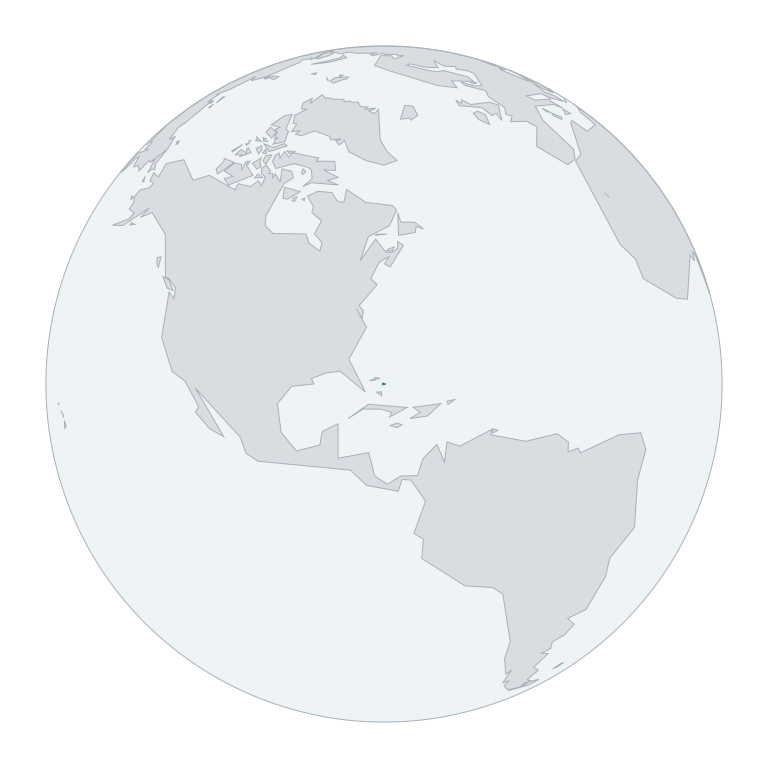 globe centered on North Eleuthera, rotated 339°
{"feature_id": "BHS-5027", "entity_name": "North Eleuthera", "entity_type": "District", "adm_level": 1, "iso_a3": "BHS", "parent_name": "The Bahamas", "parent_adm1": "", "projection": "orthographic", "projection_center": [-76.584, 25.425], "detail": "fine", "context": "on_globe", "style": "filled", "palette": "green", "viewbox_px": 768, "rotation_deg": 339, "n_neighbors": 0, "source": "natural_earth", "source_scale": "10m", "svg_char_len": 9787}
<svg xmlns="http://www.w3.org/2000/svg" viewBox="0 0 768 768"><g transform="rotate(339 384 384)"><circle cx="384" cy="384" r="338" fill="#eef3f6" stroke="#a8b0b8"/><path d="M374.7,483.3L366.7,479.7L358.8,489.2L331.5,472.5L321.8,452.4L238.8,411.0L230.4,399.3L230.8,382.3L206.4,320.1L215.5,375.9L205.3,363.4L197.9,342.6L203.0,339.0L199.2,309.8L190.7,296.5L193.1,260.8L216.3,221.1L218.5,229.1L223.8,219.5L221.4,209.4L218.5,205.2L233.5,166.0L229.0,140.9L216.5,141.1L227.9,135.5L196.9,142.5L187.4,138.5L204.9,138.4L212.0,135.0L208.9,129.4L215.4,124.9L217.7,119.9L225.8,115.4L235.4,116.7L240.8,114.1L238.3,110.4L244.8,104.3L247.7,110.0L259.4,100.2L277.6,102.9L278.7,125.5L295.6,126.5L314.6,149.4L319.6,144.7L329.9,151.8L339.6,149.3L340.4,155.2L347.4,148.3L344.9,143.5L347.1,139.1L352.5,137.5L354.5,144.4L352.0,146.2L355.4,147.4L354.1,151.7L357.8,148.7L359.5,157.9L365.9,146.7L374.1,152.3L373.0,159.1L362.5,161.0L334.1,184.6L329.8,193.7L334.3,203.7L364.9,216.0L364.5,225.7L371.7,236.9L376.8,229.8L372.9,218.8L384.1,209.4L378.1,198.0L381.8,192.9L379.8,181.1L391.5,180.5L403.9,186.6L406.1,196.7L411.6,200.1L418.8,189.0L431.8,207.7L455.9,220.5L458.0,226.2L445.6,238.3L422.2,240.8L406.1,260.3L428.1,245.7L433.0,261.7L438.7,263.9L445.1,262.4L447.8,255.8L451.9,261.4L431.7,276.9L427.6,272.1L434.1,266.9L423.1,268.6L409.5,280.9L413.1,288.9L388.8,301.8L391.1,308.1L387.0,314.9L385.1,303.8L388.1,324.6L360.1,348.2L363.8,385.0L347.7,356.4L334.3,352.9L318.2,352.9L318.5,358.8L296.9,353.1L277.5,364.1L270.6,392.4L278.2,415.1L302.2,418.0L309.3,406.2L326.9,404.6L314.5,436.8L345.2,442.6L342.3,466.5L351.3,478.9L366.6,475.9L382.5,481.6L393.7,467.6L411.8,459.4L412.4,478.6L422.2,460.6L432.5,469.2L468.3,465.1L465.6,469.8L495.8,488.3L527.8,492.5L535.3,504.4L531.5,513.3L542.4,513.4L542.6,518.7L585.2,515.6L606.2,521.5L605.0,539.1L586.3,564.5L566.6,607.4L532.3,627.6L521.8,643.1L491.9,666.8L471.4,668.7L475.5,676.4L462.6,682.9L448.8,684.9L445.0,690.6L434.6,691.7L440.5,694.5L422.2,702.1L425.5,706.4L411.7,711.3L414.3,713.3L409.6,713.5L404.4,714.5L403.4,715.6L389.9,714.1L387.8,709.0L393.9,705.9L387.8,705.5L400.8,696.6L393.7,698.6L398.1,683.8L409.6,669.6L419.6,622.8L412.8,613.0L387.3,601.5L356.7,560.4L365.2,542.8L358.4,534.3L380.8,508.3L374.7,483.3ZM70.1,311.0L72.5,303.6L72.2,310.0L70.1,311.0ZM73.3,298.0L72.6,300.7L73.0,298.2L73.3,298.0ZM73.2,295.5L73.3,297.3L72.8,295.9L73.2,295.5ZM72.6,293.0L73.0,294.0L72.9,294.2L72.6,293.0ZM362.1,397.3L397.3,414.2L377.5,416.8L381.2,413.5L372.3,406.5L355.7,399.9L338.2,403.4L362.1,397.3ZM72.8,286.9L73.0,285.2L73.6,285.5L72.8,286.9ZM377.5,377.2L371.4,375.8L377.3,375.6L377.5,377.2ZM216.1,204.4L220.7,209.8L220.5,221.0L215.9,216.9L216.1,204.4ZM217.5,184.6L221.4,185.3L215.1,194.5L214.8,191.2L217.5,184.6ZM206.2,142.8L208.6,145.7L204.0,144.6L206.2,142.8ZM216.6,120.1L213.8,120.9L216.1,118.0L216.6,120.1ZM373.6,182.4L376.6,181.8L375.4,184.3L373.6,182.4ZM369.8,178.1L366.2,181.5L363.8,179.9L366.1,177.9L369.8,178.1ZM230.7,108.7L235.3,104.5L232.3,109.0L230.7,108.7ZM374.8,174.4L360.2,176.9L356.2,174.3L361.6,164.6L374.8,174.4ZM239.1,102.1L250.2,92.6L245.0,93.2L266.0,87.1L249.6,96.6L246.7,101.8L244.3,100.2L239.1,102.1ZM341.7,142.8L344.6,147.8L337.1,145.2L341.7,142.8ZM336.3,142.3L310.1,142.5L308.4,134.9L317.5,136.1L311.3,128.1L323.5,124.2L329.6,127.7L328.3,133.2L333.9,127.7L336.3,142.3ZM275.8,85.7L280.0,83.9L277.5,86.1L275.8,85.7ZM347.4,137.2L342.2,137.6L340.4,130.9L350.4,128.9L347.8,131.7L347.4,137.2ZM303.8,128.3L304.2,123.4L314.2,118.7L315.7,116.3L323.6,123.5L303.8,128.3ZM351.0,132.4L355.6,128.2L361.4,130.0L352.3,136.4L351.0,132.4ZM335.8,130.2L335.4,127.1L338.9,128.1L335.8,130.2ZM384.6,135.3L378.4,135.3L377.0,131.7L384.6,135.3ZM356.9,126.5L354.9,125.9L353.6,124.7L357.7,122.5L356.9,126.5ZM330.1,120.0L334.1,119.3L327.3,116.8L334.5,113.7L338.5,119.3L339.8,115.6L342.0,114.7L342.8,120.3L330.1,120.0ZM358.1,116.7L365.7,123.6L377.4,123.9L379.0,127.0L359.9,125.9L358.1,116.7ZM349.0,118.3L355.0,117.9L354.0,121.5L349.3,124.1L349.0,118.3ZM337.9,109.8L325.9,113.0L325.4,111.8L337.9,109.8ZM361.7,116.0L359.8,114.4L362.7,115.6L361.7,116.0ZM345.4,110.7L341.3,111.9L340.8,110.4L345.4,110.7ZM359.5,110.5L361.9,112.6L358.8,114.2L359.5,110.5ZM353.2,110.0L353.7,107.7L356.2,113.5L351.4,110.7L353.2,110.0ZM345.7,109.1L344.1,108.6L347.6,108.8L345.7,109.1ZM370.0,103.6L374.0,110.6L367.0,114.0L364.1,106.6L370.0,103.6ZM412.0,716.9L390.8,714.8L402.9,715.9L412.4,713.8L423.0,715.2L412.0,716.9ZM439.4,710.4L449.7,708.1L451.8,708.4L445.2,710.1L439.4,710.4ZM637.3,160.4L646.8,173.2L638.4,165.3L619.8,142.7L612.1,134.7L637.3,160.4ZM603.3,126.9L602.6,126.9L590.6,117.1L601.3,126.6L603.6,127.9L610.3,134.3L608.6,133.7L604.4,129.9L605.7,132.6L625.2,151.2L629.7,154.5L638.6,169.1L646.9,176.4L652.6,184.4L640.5,175.3L634.8,169.3L619.9,165.9L626.7,173.1L641.2,177.4L640.7,179.4L650.0,190.8L642.5,183.8L624.8,178.8L626.8,194.5L645.1,232.9L643.0,242.7L634.1,245.0L611.7,216.9L618.9,198.6L611.1,189.8L596.2,184.4L599.6,179.8L594.4,175.8L595.8,169.2L584.6,153.2L584.0,146.5L566.8,134.4L564.2,129.8L575.1,138.0L582.4,140.8L579.4,126.6L575.1,122.1L564.2,115.8L564.7,113.3L554.5,109.1L546.5,100.0L547.7,108.0L534.9,102.4L523.1,94.5L519.1,94.4L538.3,107.5L545.7,111.7L551.8,112.7L572.3,127.2L576.1,133.6L555.4,125.1L558.5,133.7L541.1,124.6L500.0,92.5L489.4,83.2L498.8,76.3L508.6,80.3L510.1,84.4L520.5,84.5L514.0,82.5L514.5,81.0L502.3,76.4L502.1,75.1L490.9,73.4L489.2,71.4L496.3,72.5L477.0,65.5L470.0,61.5L465.8,60.7L463.2,60.9L456.1,56.5L453.3,56.1L454.5,57.3L449.7,57.6L438.4,56.8L436.6,55.3L440.4,55.3L445.7,53.9L456.2,55.2L454.3,54.6L444.8,53.2L438.3,54.8L432.0,54.9L433.7,53.4L432.6,53.9L428.9,53.5L423.5,52.0L421.0,53.5L382.8,54.9L368.6,53.2L374.4,51.0L345.8,53.7L332.0,53.6L333.2,54.4L320.3,57.5L324.4,57.5L324.0,58.2L292.6,68.8L283.9,70.9L271.7,78.4L272.3,79.1L278.1,77.8L266.0,87.1L245.0,93.2L244.7,91.1L231.7,97.2L233.0,92.1L228.0,91.5L236.9,83.8L232.2,84.7L227.6,87.2L217.8,91.1L213.6,92.2L215.3,91.2L237.1,80.3L247.7,80.8L245.1,79.1L251.7,76.6L254.4,74.5L252.1,74.2L248.1,75.8L275.1,64.1L275.5,64.0L299.4,56.9L323.7,51.5L348.4,48.0L373.3,46.3L398.2,46.4L423.0,48.3L447.7,52.1L472.0,57.7L495.8,65.1L519.0,74.2L541.5,85.0L563.1,97.4L583.7,111.4L603.3,126.9ZM720.4,416.2L720.8,401.6L720.8,376.8L719.5,371.0L718.1,380.2L715.7,373.5L714.0,377.6L697.7,413.6L687.8,408.7L664.0,378.8L663.4,357.2L654.5,338.3L642.7,244.6L650.1,240.1L652.0,206.7L654.0,205.4L664.4,220.8L674.4,217.8L665.1,201.3L663.5,194.1L662.0,191.8L674.7,211.7L686.1,232.5L695.9,254.0L704.3,276.2L711.0,298.8L716.2,321.9L719.7,345.3L721.6,368.9L721.8,392.6L720.4,416.2ZM658.3,284.6L661.3,290.6L658.3,284.6ZM469.4,464.8L473.7,468.0L468.1,468.7L469.4,464.8ZM374.9,425.0L382.2,425.3L386.2,428.3L380.5,429.4L374.9,425.0ZM436.8,422.7L445.2,423.8L436.5,426.1L436.8,422.7ZM402.8,416.2L430.0,422.7L413.1,429.4L395.9,425.6L407.7,423.4L402.8,416.2ZM374.2,388.9L378.9,390.4L377.5,394.1L374.2,388.9ZM381.8,377.1L380.0,377.5L377.7,374.4L381.8,377.1ZM434.2,260.7L436.0,259.7L442.6,259.6L439.7,262.5L434.2,260.7ZM470.7,244.0L476.5,253.4L470.4,248.3L467.5,253.7L450.9,250.5L458.2,228.9L457.8,238.9L470.7,244.0ZM430.7,241.5L440.4,245.1L429.5,242.1L430.7,241.5ZM564.4,163.3L569.2,162.9L575.1,168.7L575.7,179.7L567.2,171.0L564.4,163.3ZM574.6,161.2L554.0,151.1L552.7,144.8L556.9,149.8L558.2,146.6L565.3,154.2L584.3,159.0L590.7,164.7L588.5,180.2L585.7,171.6L581.1,172.2L574.6,161.2ZM503.3,144.9L494.3,142.7L503.3,131.4L510.6,134.8L511.8,145.3L503.7,147.4L503.3,144.9ZM387.1,157.8L383.1,159.3L382.5,157.2L385.5,154.1L387.1,157.8ZM381.8,135.5L404.1,149.6L400.6,151.8L417.8,158.5L415.3,167.2L404.3,162.4L415.2,174.7L404.3,173.9L412.8,181.8L388.4,170.1L379.0,170.6L390.4,166.6L392.9,158.4L391.2,155.0L379.3,146.1L360.3,144.0L359.7,136.4L364.4,131.6L368.9,130.9L367.8,135.9L374.6,131.4L376.4,138.2L381.8,135.5ZM419.4,91.6L416.2,95.6L430.1,91.8L432.1,96.9L433.6,96.2L439.2,100.1L448.6,103.9L447.9,106.4L451.9,106.9L455.7,109.8L460.9,111.5L461.5,116.7L467.9,119.4L464.6,120.4L475.5,123.7L467.7,123.7L471.9,128.2L477.2,125.8L468.0,154.6L470.2,168.2L476.3,180.0L462.1,179.6L447.3,169.0L434.4,154.6L434.3,142.2L427.9,144.8L426.0,139.9L431.9,139.9L421.7,137.0L421.7,133.1L410.1,123.0L395.4,122.4L390.9,119.1L396.6,117.4L388.0,115.4L395.7,110.2L392.6,108.0L397.1,101.1L410.0,99.9L405.6,97.5L408.8,92.7L419.4,91.6ZM371.7,101.6L386.6,98.0L395.0,99.3L383.6,111.0L385.4,113.8L378.4,122.2L366.3,120.4L369.5,118.0L369.7,115.4L373.4,117.0L370.6,113.7L374.8,110.6L373.7,107.4L378.9,107.0L371.7,101.6ZM649.8,197.3L650.2,195.3L649.3,191.0L655.1,198.5L649.8,197.3ZM638.2,194.0L637.5,190.9L645.4,198.6L645.0,201.0L638.2,194.0ZM630.5,183.3L636.9,190.2L633.2,187.9L630.5,183.3ZM573.9,135.2L572.4,132.1L574.8,133.2L578.7,136.5L573.9,135.2ZM460.9,84.7L457.8,86.0L455.8,85.1L444.6,85.1L442.3,81.8L448.1,80.5L460.9,84.7ZM646.0,170.6L645.6,170.2L643.6,167.7L643.1,167.1L646.0,170.6ZM654.0,184.9L654.0,182.7L655.6,187.0L654.0,184.9ZM456.5,81.1L452.2,81.4L453.7,79.7L456.5,81.1ZM440.0,79.5L440.6,77.3L440.7,81.5L440.0,79.5ZM430.4,59.4L448.6,62.4L460.0,63.7L464.1,62.6L466.2,66.1L448.4,64.0L430.4,59.4ZM388.9,55.3L385.5,57.3L381.7,56.3L382.0,55.8L388.9,55.3ZM390.5,56.5L396.0,59.3L390.7,60.5L387.4,57.9L390.5,56.5ZM427.0,68.4L432.5,69.3L431.1,70.5L427.0,68.4ZM278.1,83.3L279.8,83.9L276.1,84.7L278.1,83.3ZM326.5,58.2L325.3,59.3L321.0,59.8L326.5,58.2ZM319.6,63.1L325.4,61.7L320.1,63.8L319.6,63.1ZM338.0,58.8L328.0,61.4L336.5,58.1L338.0,58.8Z" fill="#d9dde1" stroke="#a8b0b8" stroke-width="1"/><path d="M385.3,384.8L385.3,384.7L385.1,384.6L384.9,384.5L384.5,384.4L384.3,384.3L384.0,384.0L383.7,383.9L383.4,383.9L383.2,383.9L383.0,384.0L382.9,384.0L383.1,383.8L383.1,383.6L383.2,383.2L383.4,383.2L383.5,383.2L383.5,383.3L383.4,383.4L383.4,383.5L383.5,383.5L383.8,383.8L384.5,384.3L384.9,384.5L385.1,384.5L385.3,384.6L385.3,384.8Z" fill="#22c55e" stroke="#15803d" stroke-width="1.5"/></g></svg>